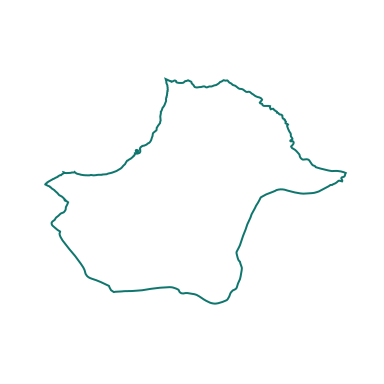 outline of Aceh Barat Daya, Aceh, Indonesia, rotated 105°
{"feature_id": "22746128B227561513795", "entity_name": "Aceh Barat Daya", "entity_type": "district", "adm_level": 2, "iso_a3": "IDN", "parent_name": "Indonesia", "parent_adm1": "Aceh", "projection": "equal_earth", "projection_center": [96.802, 3.836], "detail": "fine", "context": "isolated", "style": "outline", "palette": "teal", "viewbox_px": 384, "rotation_deg": 105, "n_neighbors": 0, "source": "geoboundaries", "source_scale": "gbopen_adm2", "svg_char_len": 5972}
<svg xmlns="http://www.w3.org/2000/svg" viewBox="0 0 384 384"><g transform="rotate(105 192 192)"><path d="M308.9,241.6L308.2,240.2L306.2,234.1L305.4,232.0L303.2,224.4L301.6,219.8L299.8,214.7L296.1,206.5L292.7,198.0L290.7,192.0L289.7,189.0L289.3,187.0L289.2,185.7L289.4,182.4L289.8,180.2L290.2,179.4L291.6,178.3L292.1,177.5L292.5,176.4L292.5,175.4L292.2,174.0L291.3,172.1L290.8,170.3L290.1,163.2L290.2,160.9L291.0,157.8L292.8,152.5L293.4,150.3L294.2,146.2L294.3,144.6L294.2,142.8L293.9,140.9L293.4,139.6L292.7,138.0L290.3,134.1L288.0,131.1L287.1,130.2L286.3,129.8L283.4,129.0L280.1,128.7L278.9,128.4L277.6,127.7L276.6,127.2L275.0,125.3L274.2,124.6L273.4,124.2L272.1,124.0L268.6,123.9L263.7,123.1L261.0,123.2L255.3,123.7L253.2,124.0L252.0,124.4L248.8,126.6L246.9,127.7L246.1,129.1L245.3,129.8L243.7,130.9L240.1,132.9L239.2,133.3L238.2,133.4L233.2,132.3L230.9,131.9L221.0,131.3L214.2,130.5L209.0,130.2L201.5,128.9L198.2,128.7L191.2,127.0L188.8,126.6L185.3,125.5L182.0,124.7L180.2,124.4L179.2,124.0L175.1,119.7L170.8,113.8L169.4,112.0L168.3,110.9L167.3,109.1L166.5,107.1L166.0,104.9L165.8,103.0L165.9,100.2L165.8,92.6L165.3,86.9L164.8,84.1L164.0,81.6L162.0,75.7L161.1,73.6L159.8,71.4L158.7,69.7L151.0,61.4L149.4,60.1L148.9,58.5L147.9,57.6L146.6,55.9L145.1,54.6L143.7,53.7L143.3,53.3L143.0,52.9L142.9,52.2L142.9,49.8L142.5,49.7L141.8,49.9L140.2,51.3L139.7,51.3L139.2,51.2L139.0,50.9L138.2,49.6L137.6,48.9L136.7,48.6L134.6,48.6L133.9,48.4L133.6,50.5L133.6,53.5L134.0,56.8L134.6,59.2L135.6,62.3L135.9,65.9L136.1,73.9L136.0,78.9L135.5,79.4L135.1,80.2L134.9,82.2L134.3,83.3L131.3,86.7L130.8,87.5L130.6,88.4L130.7,89.8L131.6,92.1L132.0,93.2L131.9,94.0L131.6,94.8L131.1,95.7L130.3,96.6L129.3,97.3L128.5,97.6L127.8,98.2L125.5,101.7L124.6,103.4L123.6,106.8L122.5,108.0L122.2,108.0L121.1,107.3L119.5,106.6L118.7,106.5L117.9,106.6L117.3,107.0L117.0,107.4L116.9,107.9L117.5,109.7L117.4,110.1L117.2,110.2L116.8,110.3L115.1,108.8L114.7,108.7L114.2,109.0L112.7,110.8L112.2,111.1L110.6,111.5L109.8,112.0L108.3,113.7L105.9,115.7L103.8,117.1L103.1,117.3L102.1,116.7L101.7,117.2L101.5,119.2L101.2,119.6L99.7,119.5L99.2,120.4L98.4,120.8L98.3,121.4L97.8,121.6L97.5,122.8L97.5,123.1L97.2,123.5L95.9,124.2L94.8,124.5L94.3,125.4L94.2,126.1L94.4,127.6L94.2,128.0L93.6,128.7L93.4,129.2L93.4,130.4L93.4,130.5L92.6,130.6L92.4,131.0L92.0,132.6L91.7,133.1L91.5,133.8L90.6,135.0L90.8,135.5L90.9,136.1L91.7,137.3L91.2,137.9L90.8,137.9L90.1,138.7L88.9,138.8L89.1,140.6L90.1,144.2L90.2,145.1L89.9,146.2L89.5,146.6L88.8,147.0L88.7,147.2L88.7,148.9L88.2,149.6L86.9,149.2L85.6,148.4L84.7,148.2L83.8,149.2L83.4,150.2L83.2,151.8L83.3,153.1L83.0,155.2L82.7,156.3L82.0,157.9L81.5,159.7L80.7,161.3L80.4,162.2L80.5,163.3L81.1,164.6L81.2,165.3L81.1,166.1L79.9,169.0L79.7,169.9L79.7,170.9L80.0,172.7L79.9,173.5L79.8,173.9L78.2,177.6L78.0,180.5L77.1,182.0L76.6,184.3L76.3,184.8L75.3,186.2L75.1,186.7L75.3,187.3L75.8,188.5L75.8,189.8L75.9,190.5L77.5,191.9L78.6,193.4L80.1,194.2L82.4,196.3L83.4,198.3L84.8,200.1L85.0,200.5L85.3,201.6L85.6,202.6L87.1,204.7L87.2,205.6L86.8,207.0L86.9,207.8L87.3,208.8L88.3,210.5L88.7,211.8L89.8,214.4L89.9,215.5L89.9,216.5L89.5,217.1L88.5,218.0L87.1,220.4L86.1,220.9L85.7,221.5L85.6,221.8L85.4,223.5L85.1,224.3L85.3,225.0L86.1,225.9L86.7,227.3L88.4,228.4L88.7,228.7L89.3,230.0L89.7,231.5L90.1,233.5L90.1,235.2L89.8,235.7L89.0,236.1L88.9,236.3L88.7,237.2L88.9,237.9L90.1,239.2L90.4,239.9L90.4,240.9L90.7,240.8L89.7,246.7L92.2,245.2L92.7,245.2L93.6,244.8L95.3,243.4L96.6,243.0L97.7,242.4L98.3,242.4L99.6,241.8L100.3,242.0L100.9,241.6L101.5,241.8L102.8,241.6L103.3,241.4L103.7,241.5L104.9,241.2L105.8,241.3L106.2,241.2L106.8,241.3L107.2,241.1L107.6,241.3L108.7,241.2L109.3,241.1L109.9,240.8L111.0,240.6L115.3,241.1L116.8,241.5L118.3,242.2L121.2,242.4L122.8,242.9L123.5,242.5L127.2,242.2L131.1,240.8L132.3,240.9L133.7,240.7L137.1,242.1L137.8,242.2L139.0,242.7L141.3,242.3L141.7,242.4L144.9,244.7L145.3,244.8L145.9,244.9L148.4,244.6L149.7,244.8L152.6,244.9L154.3,245.4L155.5,246.0L155.8,246.4L156.2,246.7L156.6,247.3L157.9,248.1L159.6,250.2L160.0,251.3L160.4,251.6L160.5,252.0L161.9,253.1L162.2,253.1L162.5,253.4L163.7,253.5L164.4,253.3L164.8,252.8L165.5,252.8L166.0,252.5L166.6,252.4L167.8,252.8L169.0,254.5L169.1,254.9L169.1,255.2L169.3,255.5L169.3,255.8L169.4,256.4L169.3,256.8L169.4,257.2L170.3,256.9L171.5,257.2L171.8,257.3L172.0,257.7L172.4,257.6L175.4,259.6L177.5,261.7L178.2,262.1L178.6,262.8L180.8,263.5L182.5,263.9L184.3,265.1L186.5,266.1L187.7,266.9L191.3,270.4L194.0,274.2L194.3,274.8L194.6,275.2L195.6,277.2L196.2,278.2L196.9,279.0L198.4,283.3L198.7,283.5L199.5,286.5L200.1,288.2L200.5,288.9L201.4,291.4L201.7,294.0L202.4,295.3L203.0,297.5L203.7,300.6L204.1,304.1L204.0,304.5L204.1,307.4L204.0,308.5L203.2,310.4L203.4,310.4L203.7,311.1L204.3,313.2L204.9,314.1L206.3,318.4L206.3,318.9L206.6,319.8L206.2,320.5L206.2,321.1L206.7,320.7L207.4,321.1L208.4,322.1L209.7,322.9L209.8,323.6L211.2,325.2L212.2,325.7L212.6,326.2L212.6,326.3L213.6,327.5L215.2,329.1L215.4,329.6L215.8,329.9L219.4,333.6L219.8,333.8L220.2,334.3L220.5,334.3L221.3,334.9L221.9,335.5L222.7,335.6L223.3,332.7L223.5,330.9L223.9,330.5L224.1,329.6L224.9,328.3L225.8,325.5L226.5,324.4L227.8,321.8L229.4,319.5L230.1,316.5L231.1,314.5L232.3,312.6L232.3,313.3L233.1,312.7L233.4,310.6L234.0,309.0L236.1,309.2L239.3,309.9L241.5,309.5L242.3,309.6L243.8,310.1L244.9,310.7L246.5,312.9L247.2,313.5L249.6,314.9L251.8,316.6L252.5,316.9L254.4,317.4L256.7,319.2L257.9,319.6L258.6,319.5L259.5,319.1L260.3,318.4L260.8,317.6L263.1,312.8L263.7,311.3L264.2,309.4L264.5,309.1L266.4,309.2L267.8,308.6L269.4,307.4L271.4,305.4L272.3,304.5L279.0,295.6L284.1,288.3L290.0,280.9L293.0,277.5L295.2,275.6L298.6,273.6L300.1,271.9L300.7,270.9L301.4,268.9L301.7,266.3L302.0,261.6L302.6,256.8L304.2,247.9L305.6,246.9L307.8,244.8L308.9,241.6ZM166.8,257.0L167.3,256.6L167.4,256.2L167.4,255.7L167.3,255.1L166.7,254.7L166.0,254.9L165.9,255.3L165.7,255.5L165.7,256.2L165.9,256.8L166.4,257.0L166.8,257.0Z" fill="none" stroke="#0f766e" stroke-width="2"/></g></svg>